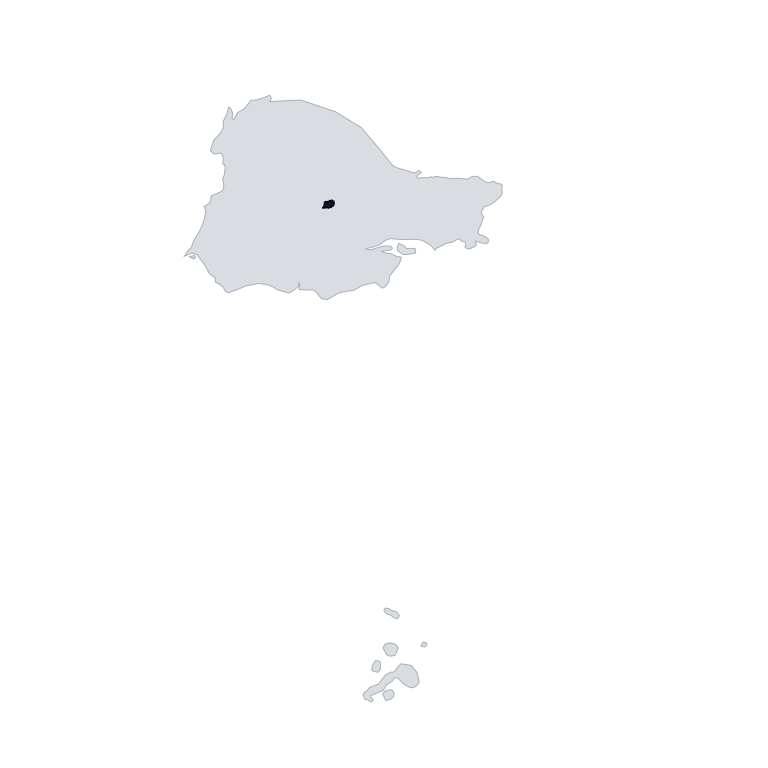 Penipe, Chimborazo, Ecuador (highlighted), rotated 256°
{"feature_id": "8360857B23969397471508", "entity_name": "Penipe", "entity_type": "district", "adm_level": 2, "iso_a3": "ECU", "parent_name": "Ecuador", "parent_adm1": "Chimborazo", "projection": "equal_earth", "projection_center": [-78.46, -1.554], "detail": "fine", "context": "in_parent", "style": "filled", "palette": "ink", "viewbox_px": 768, "rotation_deg": 256, "n_neighbors": 0, "source": "geoboundaries", "source_scale": "gbopen_adm2", "svg_char_len": 5810}
<svg xmlns="http://www.w3.org/2000/svg" viewBox="0 0 768 768"><g transform="rotate(256 384 384)"><path d="M690.4,300.1L688.3,301.9L683.2,302.7L679.1,301.0L677.6,301.0L677.3,302.7L682.6,307.3L685.1,315.4L688.8,320.3L691.2,322.8L691.3,324.6L690.6,327.8L690.4,330.5L691.7,342.9L690.8,343.6L688.0,343.6L685.7,341.5L679.6,372.1L660.1,402.5L638.0,424.2L612.5,436.7L593.7,445.4L590.8,448.7L581.6,464.0L581.2,465.5L582.5,468.1L582.6,469.8L581.2,470.9L580.0,471.0L579.5,470.2L579.1,468.3L577.8,466.5L576.4,465.9L575.6,466.4L575.5,468.1L573.6,476.4L573.5,480.4L572.7,482.0L572.8,485.5L570.8,488.9L569.4,494.4L567.9,496.2L565.9,504.8L563.0,513.3L562.8,516.2L563.7,518.3L564.0,519.9L562.8,525.2L556.2,530.4L554.5,532.9L553.8,535.7L554.2,538.1L554.1,540.1L552.0,540.9L549.8,545.7L548.2,546.8L544.0,545.2L541.0,545.1L538.6,543.6L534.0,535.5L532.2,530.7L531.7,524.0L527.1,519.8L521.2,520.9L519.4,519.3L515.0,516.5L511.2,513.3L508.3,511.8L506.2,512.5L502.6,517.8L499.2,520.2L497.7,520.1L495.6,518.5L495.3,516.7L500.3,507.3L496.6,507.2L495.3,505.2L495.1,502.8L494.4,500.3L495.2,497.3L497.2,495.7L500.1,497.0L502.2,497.1L503.6,494.2L506.3,492.1L506.8,490.6L505.4,486.1L505.0,483.6L505.4,482.2L505.3,477.3L504.4,475.4L504.3,472.7L503.6,471.2L503.3,467.8L501.4,465.9L507.5,462.7L509.8,460.2L512.5,457.8L514.9,454.3L516.5,450.9L520.2,435.1L523.6,425.1L523.1,420.3L520.2,413.8L519.5,404.3L519.8,401.4L519.4,399.2L517.5,403.2L518.0,417.2L516.3,423.5L513.9,425.0L512.4,423.9L513.3,413.7L511.5,415.6L508.7,422.5L504.2,427.7L503.9,429.4L502.8,431.5L499.3,429.6L496.6,427.4L487.8,415.9L482.0,413.4L478.6,409.4L477.8,407.7L477.4,405.4L481.0,402.9L484.6,399.7L485.0,392.5L484.9,386.9L482.2,377.2L483.4,364.7L482.7,359.7L479.6,349.3L481.9,344.0L490.1,340.2L492.7,337.6L494.5,329.3L496.4,324.3L500.0,326.3L502.9,326.1L499.1,324.3L495.9,316.8L495.4,313.4L501.4,303.1L504.6,300.5L508.5,295.1L511.8,286.9L512.6,274.0L511.2,264.8L510.2,255.1L512.1,252.6L517.1,251.3L521.1,248.1L523.2,245.2L528.0,245.7L533.5,241.2L542.4,238.9L554.8,233.8L557.5,229.3L556.3,221.2L560.9,226.1L562.9,229.9L569.3,234.2L576.8,241.9L581.7,245.8L587.1,249.3L594.9,253.0L599.7,252.4L601.7,258.2L603.5,259.9L608.0,261.8L608.5,262.6L610.2,273.3L611.2,274.8L615.0,276.5L619.8,277.2L621.7,276.8L625.9,279.8L632.4,282.2L634.7,282.5L635.8,282.1L636.2,281.0L638.1,281.2L640.9,282.6L645.0,282.9L647.5,281.5L648.0,275.6L649.0,274.3L651.9,272.1L653.4,272.5L661.0,277.3L662.6,278.9L664.5,282.2L668.0,287.1L671.9,290.2L677.9,291.6L683.6,296.7L690.4,300.1ZM90.6,293.5L93.0,296.7L94.3,306.0L101.8,315.8L102.7,321.3L102.1,323.8L102.4,324.8L106.0,328.7L108.4,332.8L104.4,342.3L96.0,346.3L87.0,346.1L85.2,345.1L82.8,341.5L82.3,338.3L83.7,335.2L88.3,330.4L95.4,326.2L96.3,323.0L93.5,319.9L91.5,313.6L87.0,309.3L84.8,295.9L83.3,295.3L80.2,297.1L78.7,295.5L78.5,294.6L81.8,291.6L82.4,289.4L87.3,288.4L89.4,290.1L90.6,293.5ZM125.8,333.7L123.9,333.8L118.0,328.9L118.4,324.1L120.8,320.9L128.3,319.2L131.4,322.3L131.2,328.0L128.6,332.2L126.6,333.0L125.8,333.7ZM508.6,445.0L507.9,446.9L504.3,446.7L503.3,446.1L504.2,436.8L505.1,433.9L508.1,431.0L510.5,429.6L513.6,429.9L516.9,432.5L513.0,437.2L510.0,438.5L508.6,445.0ZM84.9,318.0L81.1,318.9L78.0,317.2L76.6,314.5L76.3,310.5L76.6,309.1L83.6,307.7L85.9,311.0L85.9,316.0L84.9,318.0ZM160.2,340.8L155.8,342.9L153.3,340.9L153.1,339.7L155.5,336.5L157.9,334.8L160.0,331.3L164.0,329.1L165.1,329.6L165.9,330.4L166.2,331.6L164.8,334.5L162.5,336.5L160.2,340.8ZM116.8,311.6L115.1,313.2L108.0,311.4L105.8,308.5L107.6,304.5L109.1,302.9L113.3,304.3L117.6,308.8L116.8,311.6ZM122.5,362.5L121.0,362.6L118.9,360.4L120.5,356.5L123.5,358.5L124.2,360.1L122.5,362.5ZM554.4,231.4L552.3,231.8L551.3,229.4L553.9,226.6L554.8,226.0L554.4,231.4Z" fill="#d9dde1" stroke="#a8b0b8" stroke-width="1"/><path d="M571.7,368.9L571.1,368.6L570.9,368.4L570.7,368.3L570.6,368.2L570.4,368.2L570.2,368.0L570.2,367.9L570.0,367.7L569.9,367.7L569.8,367.4L569.8,367.2L569.7,367.2L569.7,367.3L569.6,367.5L569.5,367.8L569.5,368.0L569.5,368.3L569.4,368.4L569.4,368.5L569.3,368.9L569.3,369.0L569.3,369.3L569.2,369.3L569.2,369.5L569.2,369.8L569.3,369.8L569.2,370.0L569.2,370.3L569.2,370.5L569.0,370.8L568.9,371.0L568.9,371.3L569.0,371.4L569.1,371.5L569.1,371.8L568.9,371.9L568.8,372.0L568.5,372.3L568.5,372.5L568.4,372.7L568.2,372.8L568.3,373.0L568.3,373.3L568.5,373.3L568.5,373.6L568.4,373.8L568.4,374.1L568.4,374.3L568.4,374.5L568.5,374.5L568.4,374.8L568.4,375.0L568.3,375.3L568.3,375.2L568.2,375.2L567.9,375.2L568.0,375.2L568.0,375.3L568.2,375.5L568.3,375.5L568.4,375.8L568.5,375.9L568.8,375.8L569.0,375.8L569.2,376.0L569.3,376.0L569.4,376.3L569.3,376.5L569.2,376.7L569.2,376.8L569.3,376.9L569.2,376.9L569.2,377.0L569.3,377.0L569.2,377.1L569.1,377.3L569.3,377.4L569.2,377.6L569.3,377.9L569.3,378.0L569.4,378.3L569.5,378.4L569.6,378.5L569.8,378.5L569.8,378.4L570.0,378.4L570.1,378.5L570.3,378.6L570.5,378.6L570.8,378.7L570.9,378.8L571.0,378.8L571.1,379.0L571.3,379.2L571.3,379.3L571.5,379.3L571.7,379.2L571.8,379.2L572.0,379.3L572.3,379.4L572.5,379.3L572.8,379.2L573.2,379.4L573.2,379.2L573.1,378.9L573.3,378.9L573.5,378.7L573.8,378.6L574.0,378.5L574.1,378.4L574.4,378.4L574.5,378.5L574.6,378.4L574.7,378.2L574.8,378.0L574.9,377.9L574.8,377.7L574.8,377.4L574.9,377.2L574.8,376.9L574.8,376.7L574.8,376.4L574.8,376.1L574.9,375.9L574.7,375.9L574.6,375.7L574.5,375.4L574.5,375.2L574.4,375.0L574.4,374.9L574.6,374.7L574.6,374.4L574.5,374.2L574.5,373.9L574.5,373.7L574.4,373.6L574.4,373.2L574.5,373.1L574.5,372.8L574.5,372.7L574.4,372.6L574.4,372.4L574.6,372.3L574.8,372.3L574.8,372.2L574.9,371.7L575.0,371.7L575.0,371.4L574.9,371.3L574.8,371.2L574.8,370.9L574.8,370.7L574.8,370.4L574.7,370.4L574.5,370.2L574.4,370.2L574.2,370.2L573.9,370.2L573.7,369.9L573.2,369.9L572.9,369.9L572.6,369.8L572.5,369.7L572.4,369.6L571.9,369.1L571.7,368.9Z" fill="#0f172a" stroke="#020617" stroke-width="1.5"/></g></svg>